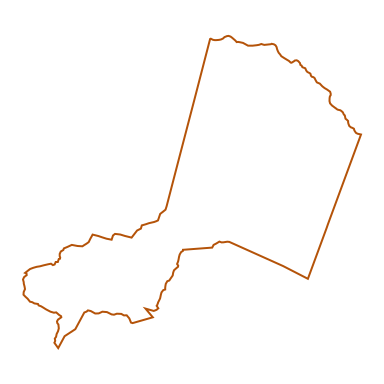 Kundiawa/Gembogl District, Chimbu, Papua New Guinea (Mercator projection)
{"feature_id": "67681753B57459737703573", "entity_name": "Kundiawa/Gembogl District", "entity_type": "district", "adm_level": 2, "iso_a3": "PNG", "parent_name": "Papua New Guinea", "parent_adm1": "Chimbu", "projection": "mercator", "projection_center": [145.0, -5.921], "detail": "fine", "context": "isolated", "style": "outline", "palette": "amber", "viewbox_px": 384, "rotation_deg": 0, "n_neighbors": 0, "source": "geoboundaries", "source_scale": "gbopen_adm2", "svg_char_len": 3130}
<svg xmlns="http://www.w3.org/2000/svg" viewBox="0 0 384 384"><path d="M307.9,278.8L326.7,227.8L327.9,224.3L361.0,134.5L357.5,133.7L355.9,132.8L354.4,130.5L353.9,128.7L352.2,127.8L351.0,127.4L349.3,126.0L348.4,123.7L348.1,122.2L348.1,121.0L346.9,119.8L345.5,118.7L344.8,115.4L343.8,114.5L342.9,112.4L341.5,111.1L340.4,110.3L337.5,109.6L332.1,105.6L330.1,103.4L329.5,101.1L329.6,98.0L329.9,96.4L330.7,95.1L330.7,93.7L330.1,91.7L327.0,89.5L324.6,88.1L322.3,86.3L319.8,83.6L318.0,82.9L316.8,82.3L315.6,80.2L314.6,78.1L313.5,77.2L311.8,76.7L310.9,75.6L310.5,73.9L309.8,73.2L307.4,72.0L306.4,70.8L305.9,69.8L305.3,68.3L302.4,67.2L301.6,65.6L300.4,64.9L300.2,64.1L300.0,63.1L298.2,61.1L296.7,60.3L294.9,60.5L293.9,61.3L291.6,62.7L290.7,62.6L288.9,60.9L286.7,59.6L284.4,58.2L281.3,56.2L280.1,54.4L278.7,52.8L277.8,51.0L277.0,48.9L276.6,47.1L275.5,45.3L273.9,44.3L271.6,43.8L270.9,44.2L267.1,44.6L264.3,44.9L263.2,44.6L261.3,44.0L259.1,44.8L256.8,45.2L255.0,45.4L252.4,45.7L248.1,45.7L245.2,44.1L243.0,42.9L239.8,42.2L238.0,41.9L236.7,42.1L235.3,40.5L232.2,37.8L230.6,36.6L228.6,35.9L227.0,36.1L224.5,37.1L222.9,38.6L220.9,39.5L218.9,39.9L216.5,40.1L214.6,40.1L212.9,39.8L210.8,38.7L210.1,39.0L194.3,100.0L178.0,162.4L166.6,206.3L165.5,209.7L160.2,213.9L158.0,220.4L156.3,221.2L154.1,222.0L148.9,223.2L145.7,224.3L141.8,225.4L140.9,228.6L137.1,230.5L131.6,237.6L125.1,236.0L120.2,234.5L115.0,233.9L113.0,235.5L111.6,239.7L106.5,238.7L102.1,237.3L98.3,236.0L92.6,234.6L91.7,236.3L90.3,238.8L88.7,242.1L86.5,243.7L84.2,245.1L82.4,246.3L77.6,246.0L71.8,244.9L67.5,246.9L63.9,248.4L63.3,250.0L60.8,251.5L59.7,253.9L59.7,256.2L60.2,257.4L60.0,258.7L58.8,259.0L57.8,262.0L55.7,262.0L54.6,264.5L52.9,265.1L51.0,263.7L48.0,264.3L43.7,265.3L40.0,266.3L36.8,266.8L33.3,267.8L30.1,269.0L28.4,270.3L25.1,272.9L26.5,273.5L26.7,275.1L24.1,277.1L23.0,279.5L23.7,282.1L23.8,283.7L24.5,286.3L25.0,289.1L23.7,292.0L23.5,294.7L25.5,296.8L27.6,298.7L30.0,301.7L32.3,302.2L34.3,303.4L38.0,304.0L38.6,305.4L41.1,306.3L43.1,307.5L46.1,309.4L50.5,311.7L53.9,312.7L56.2,312.4L59.2,315.0L61.1,316.2L61.3,317.3L58.0,319.6L57.0,321.4L57.3,323.1L58.4,324.5L58.8,328.4L58.0,331.3L56.6,334.1L56.1,336.8L54.8,338.6L55.2,340.8L54.6,342.5L54.4,342.8L58.2,348.1L64.6,336.2L75.3,329.2L84.3,312.5L86.6,311.6L87.9,310.4L90.7,311.0L95.2,313.5L98.7,313.4L102.4,311.7L107.0,312.1L111.6,314.4L114.0,314.7L116.9,313.7L121.3,313.9L123.9,315.4L126.7,315.3L129.3,318.4L131.0,322.6L132.6,323.1L152.8,317.3L145.5,308.6L153.6,310.9L154.4,310.7L156.6,309.8L158.3,308.3L156.7,305.9L156.8,305.8L156.9,305.7L157.1,305.5L157.2,305.0L157.4,304.4L157.7,303.8L157.9,303.3L158.0,302.8L158.1,302.4L158.3,302.0L158.4,301.9L160.1,298.4L160.9,294.6L161.5,292.4L163.3,290.1L165.2,289.5L165.2,287.8L165.4,286.0L165.8,283.8L167.3,281.2L169.3,280.5L170.4,278.8L172.7,275.5L173.2,272.6L174.0,270.3L176.3,268.2L178.0,266.8L178.2,265.6L177.1,264.0L178.1,261.5L178.6,259.3L179.0,257.0L179.7,254.5L181.1,252.1L183.0,250.8L183.0,249.8L212.2,247.6L213.6,244.9L216.3,243.5L219.4,241.6L221.6,242.4L223.5,242.3L227.3,241.7L229.3,241.9L283.2,266.1L307.9,278.8Z" fill="none" stroke="#b45309" stroke-width="2"/></svg>